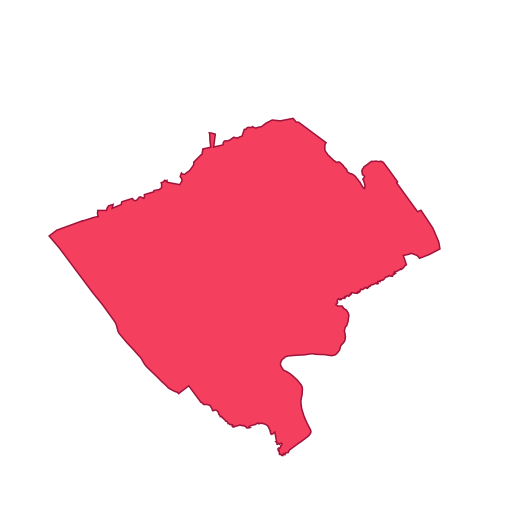 Camden, New South Wales, Australia, rotated 224°
{"feature_id": "25037944B29927872698138", "entity_name": "Camden", "entity_type": "district", "adm_level": 2, "iso_a3": "AUS", "parent_name": "Australia", "parent_adm1": "New South Wales", "projection": "mercator", "projection_center": [150.696, -34.016], "detail": "fine", "context": "isolated", "style": "filled", "palette": "rose", "viewbox_px": 512, "rotation_deg": 224, "n_neighbors": 0, "source": "geoboundaries", "source_scale": "gbopen_adm2", "svg_char_len": 6107}
<svg xmlns="http://www.w3.org/2000/svg" viewBox="0 0 512 512"><g transform="rotate(224 256 256)"><path d="M405.4,160.6L417.3,136.1L418.7,126.7L402.8,125.1L347.3,116.1L332.9,114.4L312.8,110.8L310.3,110.2L307.7,108.9L303.0,106.0L300.5,105.2L288.7,104.0L280.6,103.6L267.9,102.7L260.8,100.7L256.9,100.3L243.2,100.4L236.6,100.2L230.7,100.4L227.2,100.2L220.7,102.0L217.7,103.4L216.1,103.2L214.2,115.9L194.0,112.5L192.7,113.0L191.1,112.8L190.2,113.0L188.5,114.8L186.8,115.9L185.2,116.5L183.9,116.1L181.3,115.6L180.3,114.7L179.8,114.6L179.0,115.4L178.5,116.8L176.9,117.7L174.5,117.4L173.9,117.2L173.2,116.4L172.8,116.5L171.9,116.2L171.1,116.2L170.1,115.6L169.0,116.8L168.1,116.2L166.8,116.5L165.8,116.4L164.5,116.6L163.3,116.1L161.7,116.9L161.0,116.8L159.7,116.0L159.2,116.6L158.6,116.7L157.9,116.6L157.3,116.8L156.4,118.1L155.9,118.3L155.0,118.1L155.3,117.4L155.0,117.0L153.7,117.0L153.0,117.8L153.1,118.0L150.0,123.5L149.7,123.5L148.6,124.0L148.2,124.5L147.4,124.8L147.2,125.5L146.1,125.6L145.5,126.2L144.0,125.9L143.0,126.0L141.8,127.4L141.2,128.3L142.4,127.9L142.3,129.4L141.2,131.6L139.4,134.3L138.8,137.1L138.0,137.0L137.1,137.5L136.8,138.6L135.7,139.5L135.3,140.1L134.6,140.2L133.6,140.9L131.5,141.7L130.4,141.9L128.0,141.6L127.3,141.2L126.2,140.9L125.4,140.4L124.5,140.4L124.1,139.7L123.2,139.5L122.8,138.8L121.1,138.3L120.3,139.8L120.1,142.4L112.3,136.8L112.7,136.2L110.9,136.3L110.5,135.2L109.8,135.4L109.9,136.3L109.7,136.6L108.2,136.9L108.3,137.7L107.9,138.9L107.7,139.1L107.2,139.2L106.4,138.3L106.2,137.4L106.4,136.7L106.0,136.0L105.6,135.6L105.3,134.8L105.5,134.1L106.2,133.9L106.4,133.0L106.2,132.4L105.6,132.7L105.2,131.8L104.8,131.5L104.2,131.4L104.0,131.9L101.3,129.6L100.6,130.5L99.1,130.3L98.0,131.2L98.7,132.0L98.9,133.0L97.2,133.1L97.8,135.1L96.3,136.9L97.0,138.9L97.1,140.1L95.4,150.3L94.7,153.3L93.3,162.3L93.3,164.3L93.7,166.6L94.6,168.0L96.2,168.9L102.9,171.1L108.5,173.4L111.3,174.7L117.2,178.0L121.8,181.7L123.5,183.5L126.5,188.2L130.1,192.5L131.9,193.9L133.7,194.6L139.8,195.4L145.8,195.3L149.7,195.0L153.5,194.2L156.8,193.0L161.5,194.1L163.1,195.0L164.5,196.9L165.0,198.6L165.2,200.2L164.8,203.0L164.9,203.6L164.4,204.8L163.5,206.3L162.1,208.0L156.9,213.9L152.5,218.5L148.8,223.5L147.1,225.2L144.7,226.8L138.2,232.7L133.7,235.8L132.1,237.1L130.8,239.1L130.2,240.4L130.2,242.9L130.5,246.3L132.6,250.1L132.8,251.2L132.8,253.8L133.0,254.9L133.0,255.9L133.6,257.3L135.5,260.0L138.5,262.3L140.2,263.3L142.5,267.0L142.3,268.7L144.3,272.8L148.1,278.0L150.1,279.0L153.2,279.9L156.7,279.2L159.0,279.9L160.2,279.1L161.7,277.3L162.2,277.0L164.6,276.5L165.0,276.9L165.0,277.3L164.8,278.5L164.9,279.2L166.6,280.2L167.2,282.4L166.8,282.6L165.6,282.5L165.1,282.9L165.5,283.4L165.5,284.0L164.4,284.2L164.6,285.0L163.9,286.3L163.3,286.6L162.7,287.2L163.3,288.2L163.9,288.1L164.0,288.3L163.6,289.2L162.9,289.4L163.0,290.3L162.4,291.7L161.9,291.7L161.5,291.3L161.2,291.6L161.2,293.4L161.7,293.8L161.0,294.3L161.0,294.6L161.2,294.9L161.9,295.5L161.8,296.0L157.3,299.3L157.0,300.3L157.3,300.5L157.7,300.5L157.9,300.8L157.6,301.0L157.4,301.6L156.5,301.8L156.4,302.2L156.9,303.4L157.4,303.6L157.1,304.4L157.5,304.6L157.6,304.8L155.8,306.1L155.6,308.3L155.9,308.9L155.8,309.1L154.8,309.3L154.5,310.0L154.1,309.7L153.6,309.8L153.4,310.0L153.7,310.6L153.7,311.3L153.1,311.6L153.8,312.3L153.8,312.7L153.5,313.2L153.2,313.3L152.8,313.8L153.2,315.2L152.0,316.6L151.5,318.2L151.2,318.4L151.1,319.5L150.6,319.8L149.5,320.0L149.0,320.8L149.0,321.1L150.1,321.0L150.2,321.6L150.6,322.0L150.6,322.5L149.9,322.6L149.6,323.4L149.0,323.8L149.6,324.1L149.7,324.3L147.9,327.0L147.8,328.4L148.0,329.4L147.9,331.6L147.4,331.8L146.9,332.7L146.7,333.4L146.9,334.0L146.7,334.5L145.8,334.6L143.7,336.2L144.2,336.6L144.1,337.0L144.5,338.5L143.9,339.0L144.1,339.5L143.8,340.0L144.9,339.7L145.3,340.8L144.8,340.7L143.5,344.5L143.0,347.1L142.2,347.0L141.8,349.3L142.1,352.1L141.7,354.2L150.4,358.7L147.1,363.6L146.6,364.6L146.5,365.6L141.0,368.1L139.2,368.3L136.8,367.9L132.4,377.4L128.6,388.9L133.5,392.5L135.1,393.4L148.1,398.9L169.1,403.5L170.6,400.1L205.7,406.3L205.6,407.7L222.6,410.7L229.5,411.8L231.3,411.3L232.1,410.9L233.2,409.2L235.4,407.8L238.0,404.8L238.7,404.4L240.3,394.6L239.7,393.6L239.8,392.2L239.0,391.1L238.9,390.5L238.3,390.1L237.5,389.9L237.1,389.3L236.2,388.6L235.2,388.5L233.6,388.8L233.1,388.7L232.7,387.8L232.7,386.1L232.4,385.4L231.9,385.1L230.8,385.0L230.1,384.6L229.6,384.1L228.2,383.6L227.3,382.7L226.4,382.3L225.9,381.8L224.9,379.9L226.4,379.7L228.6,380.1L232.5,381.3L233.7,381.3L236.0,381.8L236.8,381.7L239.7,382.3L242.5,382.0L243.2,381.7L243.6,381.8L244.2,381.4L244.8,381.3L245.3,380.8L246.2,380.4L246.7,380.5L247.7,380.1L248.8,380.1L250.4,380.9L251.4,381.2L254.6,381.3L256.4,381.7L261.0,381.6L261.8,381.2L262.6,380.1L262.7,379.5L264.5,379.0L265.2,379.1L266.6,378.6L267.2,378.8L268.1,378.6L268.8,378.8L270.1,378.6L272.5,378.8L274.2,378.6L277.1,379.3L278.3,379.4L279.6,379.9L281.1,380.9L281.9,382.1L282.4,382.3L283.9,384.4L284.3,386.2L318.4,381.8L320.1,380.2L324.9,380.8L332.4,370.1L338.8,365.1L341.1,358.5L341.4,356.1L341.7,354.9L341.7,353.2L343.5,350.6L345.1,347.8L347.1,346.9L348.5,346.6L348.4,345.4L350.8,343.3L351.4,342.5L351.5,342.0L351.3,340.0L352.4,339.0L349.3,332.5L350.3,330.7L351.4,327.8L354.6,325.9L355.2,321.7L356.4,319.1L357.7,317.9L358.6,316.8L358.4,314.9L356.9,313.0L362.2,305.0L369.9,315.4L373.1,313.7L375.2,312.2L373.7,311.2L368.9,306.7L364.1,302.8L368.6,296.1L365.4,291.5L365.8,290.7L366.0,280.2L364.4,278.9L363.7,275.9L363.1,271.0L363.9,267.1L363.8,265.4L365.7,263.9L367.3,263.9L365.7,260.4L363.5,260.1L361.5,258.8L360.4,254.4L371.0,247.4L372.6,248.5L372.7,247.1L374.2,247.2L374.3,244.7L375.1,242.7L374.0,242.3L371.4,239.6L371.8,236.5L374.9,232.2L374.1,231.2L379.0,222.6L377.5,221.3L376.7,219.8L376.8,219.4L378.0,219.2L379.9,218.4L380.6,217.8L380.9,217.1L380.6,214.1L380.7,213.0L381.3,211.9L382.2,211.4L382.7,211.3L383.5,211.2L384.8,211.6L385.2,211.0L390.2,201.8L388.7,199.3L392.6,190.4L394.6,193.9L396.9,189.7L396.4,187.1L395.2,184.9L401.5,178.9L399.6,176.5L397.8,175.3L396.9,174.9L399.6,170.9L405.2,160.4L405.4,160.6Z" fill="#f43f5e" stroke="#9f1239" stroke-width="1.5"/></g></svg>